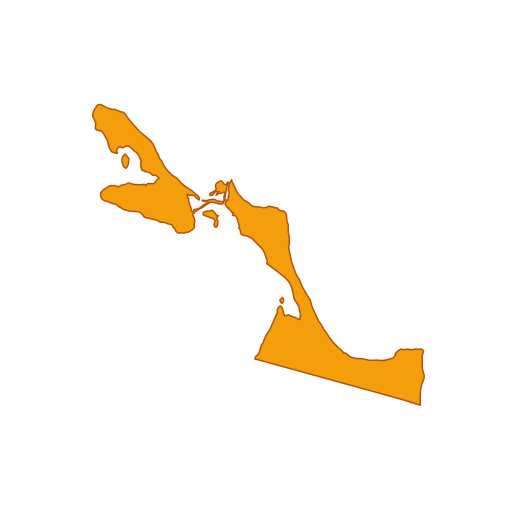 Queenscliffe, Australia (Robinson projection), rotated 251°
{"feature_id": "25037944B23801424172448", "entity_name": "Queenscliffe", "entity_type": "district", "adm_level": 2, "iso_a3": "AUS", "parent_name": "Australia", "parent_adm1": "", "projection": "robinson", "projection_center": [144.661, -38.265], "detail": "fine", "context": "isolated", "style": "filled", "palette": "amber", "viewbox_px": 512, "rotation_deg": 251, "n_neighbors": 0, "source": "geoboundaries", "source_scale": "gbopen_adm2", "svg_char_len": 6162}
<svg xmlns="http://www.w3.org/2000/svg" viewBox="0 0 512 512"><g transform="rotate(251 256 256)"><path d="M61.6,362.8L69.9,365.6L75.9,368.0L80.2,370.6L85.0,374.6L86.3,375.4L88.3,376.1L95.2,376.6L98.2,377.4L100.3,378.3L106.9,380.3L108.9,381.5L110.8,383.2L112.0,383.4L113.4,382.9L114.4,381.6L114.9,379.2L116.2,376.3L116.3,374.0L116.7,372.5L118.5,369.0L119.4,365.2L120.8,362.4L120.0,359.3L119.0,357.0L118.4,356.2L116.4,354.9L114.9,352.2L115.4,344.9L115.8,342.5L116.5,340.1L118.0,337.0L120.4,329.3L124.0,323.5L126.7,316.9L129.3,313.0L130.8,311.7L133.6,310.1L135.3,308.7L135.6,307.6L136.1,307.3L138.5,306.4L142.9,303.8L149.2,300.9L155.1,298.9L160.1,297.7L164.7,296.1L170.7,295.2L173.4,294.1L189.0,292.5L196.6,292.9L199.7,292.3L201.5,291.7L211.0,289.9L215.8,289.4L217.2,289.5L219.9,289.3L223.6,288.3L228.5,287.8L238.9,287.8L252.3,289.4L254.0,289.8L257.2,291.8L259.8,292.4L262.0,293.3L264.7,293.9L267.4,294.1L275.1,296.7L278.4,296.5L283.0,297.7L285.6,298.1L287.9,297.9L289.3,296.7L290.1,296.3L290.3,294.8L291.1,293.6L292.1,292.8L294.5,291.7L294.9,291.1L295.1,289.8L296.4,288.8L297.8,286.0L298.6,285.1L298.9,284.1L298.4,281.8L298.9,280.5L299.0,279.0L300.5,276.5L303.6,269.9L304.8,268.4L305.6,267.8L308.0,266.7L310.0,265.3L312.8,262.8L315.0,261.7L317.9,260.6L319.5,259.6L325.5,258.4L328.1,258.4L329.4,258.0L331.7,258.0L333.6,257.3L334.7,257.8L335.8,257.7L333.8,254.8L327.4,251.2L323.9,251.1L321.2,249.2L320.9,249.3L317.9,247.4L318.7,246.0L314.7,243.6L310.5,245.0L310.6,245.5L309.0,245.8L306.8,247.1L305.1,247.4L304.7,247.7L304.4,248.5L304.1,248.7L303.7,248.7L303.0,247.5L302.2,247.3L301.8,247.5L300.8,249.5L299.7,250.1L298.1,250.3L292.8,250.1L290.4,250.2L289.6,249.9L288.2,248.8L285.3,249.5L282.8,248.9L281.3,249.3L280.3,249.8L279.8,250.5L277.9,254.0L273.9,258.0L272.3,258.7L261.9,263.6L259.6,264.5L255.5,265.1L248.3,265.0L246.5,264.7L245.2,263.7L235.3,270.6L226.3,276.4L221.2,278.6L216.7,279.4L212.9,279.4L209.2,279.1L203.5,278.1L193.7,280.1L190.7,279.4L186.4,279.0L185.2,278.7L183.2,277.4L182.0,277.0L182.4,276.4L182.5,275.5L185.4,272.8L186.2,271.2L187.8,269.7L188.5,268.5L189.8,267.6L190.1,263.6L192.8,263.5L197.6,263.9L199.2,263.6L200.7,262.9L200.7,261.5L198.9,259.1L198.0,258.5L196.7,258.3L195.7,257.8L182.2,245.4L177.3,239.3L173.7,235.9L171.6,234.4L170.0,232.2L162.4,226.5L161.0,222.8L159.6,221.8L158.7,221.6L157.9,223.2L82.3,333.5L68.1,354.0L67.8,353.8L61.6,362.8ZM317.8,243.4L320.2,245.1L329.7,250.2L334.5,253.4L334.9,253.5L335.1,253.1L333.4,251.6L333.3,251.2L333.5,250.2L334.4,249.2L337.6,248.2L338.2,247.5L338.6,246.3L337.6,242.6L336.8,241.2L335.1,240.4L332.7,240.3L332.0,239.9L331.6,239.5L330.8,237.6L330.3,233.6L329.8,232.8L328.9,232.1L328.5,232.2L327.9,232.8L327.7,234.2L328.1,235.4L329.6,237.6L330.0,239.1L328.6,241.9L328.0,241.2L327.9,239.6L327.3,238.5L326.7,238.1L326.4,238.3L327.1,240.6L327.0,242.1L326.6,243.6L326.8,246.4L326.6,246.8L325.9,247.1L324.8,246.7L323.4,245.4L319.1,243.8L318.2,243.0L318.3,241.8L320.0,239.0L320.3,237.6L322.5,235.8L323.6,233.8L323.9,233.1L323.9,231.7L324.4,229.8L324.5,227.2L326.2,223.5L325.9,223.3L325.5,223.4L324.8,224.1L323.5,227.7L322.9,228.4L322.5,228.3L320.9,221.8L319.4,217.3L320.0,213.0L319.8,212.2L318.6,211.1L318.5,210.6L318.9,209.9L320.6,209.7L322.2,210.2L323.7,210.2L326.0,209.9L327.2,210.2L329.6,210.1L331.4,210.8L335.8,210.5L336.6,210.8L336.8,211.3L334.8,212.7L334.9,214.0L334.6,214.9L333.9,215.5L333.6,217.1L332.9,217.6L330.6,218.3L327.6,220.2L327.6,220.6L328.8,221.2L330.3,221.2L332.2,220.5L334.9,218.7L338.5,216.7L344.9,211.7L349.5,208.9L355.2,206.7L357.7,204.5L360.4,202.7L365.5,200.2L371.1,198.4L376.7,197.7L379.8,196.5L383.3,196.6L386.3,195.9L395.1,195.2L399.5,193.8L410.5,187.1L412.8,185.9L426.3,180.3L433.0,178.5L434.3,177.7L435.5,176.7L436.6,174.9L440.7,170.0L441.3,167.8L444.3,163.8L445.8,162.2L449.4,159.0L450.2,157.6L450.4,155.9L449.9,154.5L446.0,149.7L442.8,147.6L441.4,147.2L439.9,147.2L438.6,147.6L436.1,147.5L434.1,147.8L429.1,145.7L428.1,145.8L426.9,146.5L426.0,148.6L425.1,148.9L424.7,150.4L423.0,151.3L414.3,153.1L406.9,152.5L402.8,153.1L401.0,153.9L398.4,157.7L398.2,158.3L398.6,158.6L400.0,158.4L401.1,158.5L402.4,159.6L403.6,161.3L403.6,162.1L403.3,163.0L401.6,165.5L402.1,169.6L401.7,171.0L401.3,171.4L398.0,173.7L394.4,175.3L393.1,176.6L389.3,177.9L384.5,178.2L383.3,178.6L383.0,178.1L379.8,176.6L378.2,176.5L377.4,176.1L374.5,176.1L373.1,177.4L372.9,178.1L371.9,178.7L371.5,179.6L369.0,183.1L365.9,184.5L365.8,186.1L364.6,187.8L363.2,188.7L361.0,189.5L360.2,186.9L358.0,183.8L357.7,182.9L359.4,178.0L359.6,176.7L359.0,175.3L358.5,174.8L359.5,174.4L360.1,173.8L361.1,169.4L361.7,167.8L363.8,163.2L365.9,160.4L366.5,159.1L366.2,154.6L366.9,151.5L366.2,149.4L366.3,148.4L368.7,145.0L370.0,141.1L369.0,135.9L368.1,132.8L367.7,131.9L366.3,129.9L364.6,129.0L362.9,128.6L360.6,128.8L358.1,130.1L356.0,133.3L352.5,137.2L350.8,139.9L349.5,141.1L346.7,142.8L346.0,143.7L344.0,145.2L342.5,146.9L340.3,150.0L338.4,153.8L335.9,159.8L333.1,161.8L329.6,162.8L328.4,163.9L322.1,174.0L319.2,176.4L317.9,179.6L316.8,181.4L315.0,183.2L313.6,185.9L312.8,186.5L311.7,187.0L309.7,187.2L307.7,188.2L305.5,188.3L303.5,189.4L302.7,190.7L302.0,193.8L301.0,195.3L301.1,196.9L300.7,199.0L300.7,200.5L301.6,204.5L302.8,206.8L303.5,207.3L305.6,207.5L308.1,209.1L309.6,209.7L312.1,209.8L314.5,209.6L316.3,210.0L316.6,210.7L316.5,211.5L317.6,212.8L318.1,214.3L319.0,218.1L319.3,220.8L321.2,227.7L321.6,230.3L320.9,232.3L320.0,234.2L317.3,238.1L316.4,239.9L316.1,241.2L316.3,242.0L317.8,243.4ZM313.7,226.6L314.7,222.4L314.7,221.6L313.9,220.2L312.9,219.6L311.8,219.8L311.2,220.3L308.6,223.8L307.2,225.2L305.7,227.5L305.1,228.0L303.7,228.5L302.2,228.5L301.4,228.2L299.9,226.7L298.8,226.4L296.8,226.8L296.2,227.4L296.2,227.9L296.7,228.9L298.7,230.3L299.9,230.6L301.2,231.2L304.5,231.3L305.3,231.6L306.2,233.4L307.5,232.0L312.2,230.3L313.5,229.4L313.7,228.6L313.7,226.6ZM384.9,165.5L389.5,167.4L394.1,165.9L395.0,165.2L393.6,162.6L390.8,160.7L389.0,160.0L383.8,159.9L382.6,160.4L381.6,161.3L381.3,162.0L382.9,163.9L384.9,165.5ZM203.8,266.9L204.9,267.6L205.9,267.8L207.2,267.9L208.0,267.5L207.5,265.9L206.4,264.1L203.9,264.5L202.9,265.0L203.0,265.8L203.8,266.9Z" fill="#f59e0b" stroke="#b45309" stroke-width="1.5"/></g></svg>